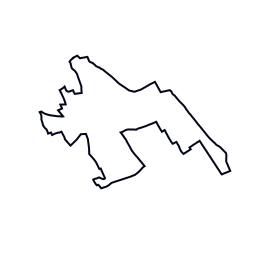 Kaua, Yucatán, Mexico, rotated 240°
{"feature_id": "50627088B46621224657195", "entity_name": "Kaua", "entity_type": "district", "adm_level": 2, "iso_a3": "MEX", "parent_name": "Mexico", "parent_adm1": "Yucatán", "projection": "mercator", "projection_center": [-88.435, 20.599], "detail": "fine", "context": "isolated", "style": "outline", "palette": "ink", "viewbox_px": 256, "rotation_deg": 240, "n_neighbors": 0, "source": "geoboundaries", "source_scale": "gbopen_adm2", "svg_char_len": 4921}
<svg xmlns="http://www.w3.org/2000/svg" viewBox="0 0 256 256"><g transform="rotate(240 128 128)"><path d="M185.9,59.4L184.2,59.5L182.0,59.1L180.2,58.2L179.1,57.6L178.5,57.2L177.6,57.0L176.6,56.8L175.8,56.6L174.4,56.3L173.0,55.8L172.3,55.7L171.7,55.9L170.7,55.9L169.3,56.1L168.5,56.4L167.7,56.7L165.2,56.5L163.1,56.0L162.6,59.0L159.9,58.8L159.9,59.2L159.8,59.5L159.6,62.3L159.2,64.2L158.3,66.5L158.1,68.5L151.6,68.3L149.9,67.7L141.5,69.4L143.0,75.4L143.4,76.8L143.8,78.3L146.2,84.0L145.7,85.0L143.9,88.6L138.4,87.7L130.1,84.2L124.8,81.4L120.2,82.4L117.6,82.8L117.3,82.9L114.5,83.2L111.3,83.0L111.2,83.0L106.9,82.7L106.5,84.1L102.2,83.6L96.1,83.0L95.8,82.3L95.8,81.6L96.1,81.0L96.9,80.3L97.7,79.6L98.1,79.4L98.6,79.0L99.1,78.6L99.7,78.3L99.9,76.4L100.0,75.5L100.5,74.0L100.7,73.4L100.8,72.3L100.5,71.9L96.5,72.0L95.0,72.1L93.9,72.4L93.8,72.7L94.0,73.1L93.8,73.7L92.5,74.2L89.2,74.6L88.1,79.7L88.0,81.3L88.0,82.2L88.7,86.4L84.5,106.4L84.4,108.0L84.2,108.8L84.1,109.3L84.1,109.5L84.0,110.0L83.9,110.5L84.0,110.9L84.0,111.3L84.1,111.6L84.2,112.6L84.5,114.2L84.5,114.6L84.8,116.0L85.0,116.5L85.2,117.5L85.4,117.9L85.6,118.5L85.7,119.0L86.0,119.6L86.3,120.6L86.4,121.3L86.7,122.9L86.7,123.3L98.8,121.3L100.3,120.9L102.7,120.5L105.0,120.2L105.3,120.2L105.7,120.2L106.2,120.0L106.6,120.0L106.9,120.1L107.6,120.1L108.1,120.1L108.5,120.1L109.2,120.0L110.0,120.2L110.7,120.2L111.4,120.2L112.0,120.2L112.4,120.2L112.8,120.2L113.2,120.2L113.9,120.2L114.6,120.2L114.8,120.2L115.2,120.2L115.6,120.2L116.2,120.2L117.5,120.3L118.3,120.4L118.8,120.3L119.4,120.3L120.1,120.3L120.7,120.2L121.2,120.1L121.9,120.0L122.3,120.1L123.3,120.0L124.1,119.8L124.4,119.9L125.2,119.8L125.6,119.7L125.9,119.7L126.6,119.6L126.9,119.6L127.2,119.5L127.8,119.4L127.7,119.8L127.6,120.4L127.4,121.5L127.4,121.9L127.4,122.4L127.4,122.7L127.3,123.5L127.4,124.3L127.3,125.1L127.3,125.3L127.1,126.0L127.0,126.5L126.6,127.5L126.3,128.0L125.9,128.7L125.7,129.1L125.4,129.6L125.1,129.9L124.8,130.5L124.6,130.8L124.5,131.2L124.4,131.4L124.3,131.6L124.0,131.9L123.7,132.3L123.5,132.6L123.1,133.4L123.0,133.6L122.7,133.9L122.5,134.2L122.4,134.4L122.4,134.6L122.5,135.5L122.5,135.8L122.4,136.4L122.3,137.3L122.2,137.7L122.1,138.2L122.0,138.5L121.9,138.7L121.7,139.7L121.6,140.3L121.4,140.7L121.4,141.1L121.4,141.4L121.3,141.8L121.2,142.3L121.1,143.0L120.8,143.9L120.7,144.4L120.7,144.8L120.6,145.2L120.5,146.2L120.5,146.7L120.5,147.1L120.3,148.0L120.2,148.8L120.1,149.2L120.0,149.5L119.9,150.0L119.8,150.5L119.8,151.1L119.6,152.5L119.4,154.0L119.3,155.5L118.7,155.5L117.0,155.5L116.7,155.4L115.0,155.4L114.7,155.4L113.6,155.4L112.6,155.4L111.7,155.4L107.8,155.5L107.8,156.0L107.9,158.7L102.9,158.5L99.2,158.4L94.3,158.5L92.0,158.8L91.9,159.1L91.9,160.7L91.8,162.0L91.7,163.0L89.0,162.9L87.2,163.1L85.3,162.7L81.6,162.3L79.8,162.6L77.8,163.1L78.2,171.6L80.4,171.5L80.5,173.6L80.6,174.6L80.7,176.1L81.1,183.6L60.8,184.8L41.0,185.9L40.9,186.7L40.6,188.8L40.3,190.9L40.2,191.1L40.0,192.7L39.7,195.1L49.9,196.3L55.6,199.8L57.4,200.3L65.2,198.3L67.6,197.1L69.2,196.1L70.6,195.8L71.7,195.6L72.9,195.1L78.6,193.5L82.2,192.8L84.4,192.5L86.2,192.2L86.3,192.2L92.7,191.2L96.5,190.5L97.4,190.4L98.6,190.2L98.8,190.2L100.5,190.0L108.8,188.7L110.2,188.3L113.7,188.0L114.6,187.8L118.2,187.7L120.6,187.2L125.7,185.8L132.8,184.6L135.0,183.6L138.3,183.8L139.2,183.1L139.9,183.1L142.7,174.2L153.9,174.4L154.5,174.4L154.5,173.7L154.8,169.0L154.8,158.5L156.2,151.6L160.0,147.7L164.8,145.5L167.2,144.3L170.8,142.5L180.3,139.6L186.7,137.1L187.7,136.7L189.7,135.9L190.2,135.9L190.7,135.7L191.3,135.2L191.8,134.9L192.2,134.7L192.8,134.2L193.1,134.0L193.6,133.8L194.3,133.7L195.1,133.1L195.3,132.7L196.0,132.3L197.9,131.1L198.1,131.0L198.8,130.9L199.2,130.9L199.5,130.8L199.9,130.7L200.3,130.4L200.6,130.3L200.9,130.2L201.6,130.1L201.8,130.1L202.1,130.0L202.3,129.7L202.5,129.4L203.0,129.0L203.6,128.6L203.9,128.3L204.2,128.1L205.5,127.8L209.9,128.4L212.4,121.3L216.0,120.2L216.3,115.6L215.9,115.6L215.8,115.1L215.8,114.6L215.8,114.3L215.7,113.7L215.6,113.0L215.4,112.4L215.3,112.0L215.1,111.6L215.0,111.3L214.8,110.8L214.6,110.5L214.2,110.5L213.3,110.7L212.8,110.6L212.5,110.6L211.9,110.4L211.5,110.1L211.2,110.1L210.9,110.1L209.6,109.6L209.1,109.5L208.6,109.4L208.3,109.3L207.9,109.3L207.5,109.3L207.1,109.5L206.4,109.7L205.9,109.8L205.3,110.0L205.1,110.1L204.6,110.4L204.2,110.5L203.9,110.6L200.2,110.9L197.4,110.2L196.6,110.1L187.3,108.4L184.3,106.7L181.5,105.4L184.2,98.9L188.3,99.2L189.0,95.0L189.7,94.0L190.9,93.4L192.2,93.2L193.2,93.5L194.4,93.7L195.6,93.8L195.2,92.3L195.1,91.5L195.0,90.6L194.9,89.7L195.0,88.4L195.0,87.7L191.8,87.6L189.4,87.4L187.0,87.2L184.9,87.0L184.0,86.8L181.6,86.4L179.6,85.8L181.5,82.2L181.8,81.8L181.9,81.5L182.0,81.3L182.1,81.1L178.5,80.7L177.8,80.6L178.3,76.3L170.5,77.6L170.9,76.5L172.0,75.1L172.8,73.9L173.7,72.4L175.0,70.8L176.1,69.4L177.7,67.2L179.4,65.5L181.0,63.9L183.0,62.4L185.6,61.1L185.9,59.4Z" fill="none" stroke="#020617" stroke-width="2"/></g></svg>